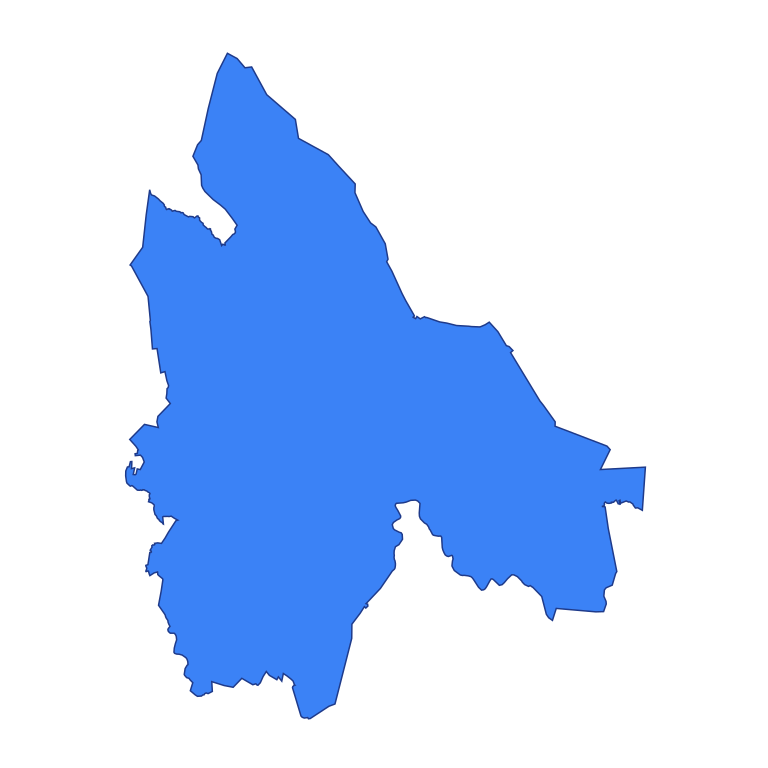 Lagunillas, San Luis Potosí, Mexico (Equal Earth projection), rotated 179°
{"feature_id": "50627088B55940986793809", "entity_name": "Lagunillas", "entity_type": "district", "adm_level": 2, "iso_a3": "MEX", "parent_name": "Mexico", "parent_adm1": "San Luis Potosí", "projection": "equal_earth", "projection_center": [-99.616, 21.598], "detail": "fine", "context": "isolated", "style": "filled", "palette": "blue", "viewbox_px": 768, "rotation_deg": 179, "n_neighbors": 0, "source": "geoboundaries", "source_scale": "gbopen_adm2", "svg_char_len": 6122}
<svg xmlns="http://www.w3.org/2000/svg" viewBox="0 0 768 768"><g transform="rotate(179 384 384)"><path d="M534.8,717.4L545.3,697.5L554.9,662.6L562.4,630.7L566.2,626.5L571.1,615.0L566.2,606.2L565.8,602.3L563.2,596.4L562.9,585.8L561.7,582.9L559.7,579.6L551.6,571.4L544.3,565.7L539.6,561.5L533.0,552.5L528.1,545.3L530.4,541.5L529.9,539.2L530.0,537.9L531.3,536.6L532.6,536.1L534.5,533.9L540.6,527.8L540.3,525.7L540.6,525.6L542.7,526.6L543.9,525.2L545.8,531.1L547.8,532.4L549.5,532.7L551.1,533.6L552.2,535.9L553.4,536.8L554.0,539.8L554.7,540.5L554.8,542.1L555.4,542.4L555.9,542.0L557.8,542.1L559.2,543.7L560.3,544.5L562.0,546.2L562.1,547.8L563.6,548.8L565.5,550.9L565.5,553.3L566.9,554.3L566.9,555.1L567.9,555.3L570.5,553.4L571.3,553.8L572.0,554.6L575.3,555.0L576.6,554.5L580.9,556.9L581.8,558.6L583.0,559.0L584.0,558.7L585.1,559.8L588.6,560.3L589.9,561.2L592.7,560.5L593.4,561.6L595.5,562.9L595.8,562.5L596.6,563.0L598.2,562.2L598.8,562.8L599.2,564.6L600.3,565.3L600.6,566.2L600.5,566.8L601.6,568.5L604.6,571.0L606.3,572.9L610.1,576.0L612.7,576.9L613.4,577.4L614.1,579.0L614.9,582.3L618.8,557.3L622.9,524.9L635.8,507.4L634.4,506.4L618.4,475.7L616.5,451.6L617.0,450.6L616.1,442.7L614.9,423.1L610.3,423.4L607.0,399.0L602.8,400.2L601.0,391.0L599.4,386.2L599.8,384.3L601.0,383.1L601.3,378.2L602.1,373.7L598.0,368.2L610.6,355.6L611.7,350.1L610.4,344.4L624.2,347.8L639.2,333.0L633.2,326.1L630.8,322.4L631.4,322.0L631.8,319.0L634.1,318.6L633.9,316.7L628.7,317.1L626.7,314.8L625.1,310.2L629.2,302.7L632.2,303.4L633.4,298.4L634.0,297.8L634.5,297.6L636.3,297.9L634.8,304.5L638.0,303.8L637.6,307.5L637.5,310.9L638.9,310.8L640.3,305.7L642.0,305.5L643.7,301.5L643.9,296.7L643.2,290.9L642.7,289.3L639.8,286.5L639.1,286.3L638.1,286.8L637.3,286.6L632.5,282.2L630.2,282.0L629.0,282.3L628.6,281.9L626.8,282.2L626.8,282.5L625.5,282.4L624.7,281.7L623.1,281.2L622.0,280.2L620.3,279.2L619.9,278.4L620.1,278.0L620.6,277.4L620.6,275.3L620.0,273.4L620.2,273.0L620.8,273.1L621.1,272.8L621.0,271.8L621.5,270.4L618.4,269.3L616.0,267.3L615.8,266.0L616.3,264.3L616.3,262.2L615.2,257.5L614.0,256.3L612.8,253.5L611.4,252.5L611.0,251.4L609.6,250.1L608.1,249.2L607.5,248.1L607.0,247.8L607.6,254.9L606.9,255.4L602.2,255.4L601.3,255.2L599.1,255.6L595.8,253.3L592.6,251.5L594.3,251.0L594.6,250.7L602.1,239.6L605.5,233.9L609.3,228.5L613.0,229.1L616.1,228.7L615.9,228.3L616.1,227.4L617.0,227.0L617.9,227.2L619.0,226.3L618.8,224.9L620.7,221.9L620.5,221.4L619.7,221.1L619.5,220.2L619.9,219.7L621.1,219.6L623.2,207.5L625.3,206.8L625.2,205.9L624.4,204.1L624.7,202.8L625.4,201.0L625.2,200.6L624.9,200.6L623.3,201.2L622.8,201.0L621.9,197.6L621.4,196.5L617.0,199.2L613.7,200.0L613.5,197.5L612.9,196.7L608.8,193.2L608.5,192.2L610.4,180.8L613.3,166.7L607.6,158.2L606.8,156.8L606.4,155.1L605.8,153.7L604.2,151.3L604.1,149.7L603.3,147.5L602.2,145.4L604.0,143.2L604.4,142.0L603.9,140.3L602.1,138.6L598.5,138.5L597.8,138.3L596.6,136.6L596.1,135.1L595.8,131.8L597.1,128.1L598.3,123.6L598.7,119.5L598.1,118.4L596.1,117.6L593.5,117.4L590.5,116.5L586.7,113.7L585.7,112.1L585.0,109.7L584.9,106.8L585.8,106.2L587.8,103.0L588.8,97.1L588.4,96.2L586.5,93.9L584.1,93.1L583.0,91.5L580.4,88.7L583.0,80.7L578.2,76.5L576.0,75.0L571.9,75.2L570.7,76.2L569.3,76.4L568.7,77.5L567.2,78.2L565.3,77.5L561.0,79.6L561.4,89.4L549.1,85.3L540.1,83.4L531.3,92.2L520.4,85.6L517.4,86.5L516.3,85.3L515.3,85.0L512.9,87.4L510.0,93.6L506.7,98.6L503.7,94.7L496.3,90.2L494.7,93.0L491.4,88.7L489.7,96.3L486.2,93.9L482.5,90.9L480.1,88.6L478.8,84.9L478.4,84.5L479.3,84.4L479.6,83.7L480.4,83.2L480.8,82.0L472.8,53.5L471.6,52.2L469.6,51.4L466.1,51.8L465.4,50.6L463.6,50.8L444.8,62.7L438.6,64.9L420.7,130.2L420.3,144.4L411.9,155.1L407.5,161.7L406.1,160.3L404.0,162.2L404.2,164.1L405.8,164.7L391.2,179.6L379.0,196.8L376.8,198.7L376.2,199.8L375.8,202.1L375.7,204.2L376.1,207.0L376.7,208.4L377.0,210.8L376.7,212.1L376.9,214.5L376.7,217.2L375.4,221.1L371.9,223.1L368.2,228.4L368.4,233.3L369.4,234.9L371.5,235.6L376.0,238.0L377.2,239.3L378.2,243.2L377.0,245.4L373.5,247.8L370.7,249.1L369.8,250.2L369.6,251.7L372.3,257.1L374.3,260.5L374.9,262.0L374.6,263.5L373.7,264.5L366.9,264.9L364.0,265.5L359.3,267.2L354.6,267.4L352.4,266.5L350.5,264.5L350.1,263.9L351.0,254.5L350.9,251.2L349.9,248.5L346.0,244.4L343.7,243.0L341.9,240.3L341.2,238.2L340.4,237.3L338.1,232.7L337.3,232.0L335.9,231.6L332.3,230.9L329.9,231.0L329.0,229.6L328.6,219.5L328.1,217.2L326.9,214.2L325.8,212.1L324.4,211.0L322.7,210.4L319.3,211.5L318.8,211.3L318.2,209.7L318.3,208.9L317.9,208.1L318.6,206.0L319.2,201.4L319.1,200.5L317.0,196.3L311.0,191.7L308.9,191.2L307.2,191.3L303.1,190.7L300.5,189.9L299.2,188.8L298.1,187.3L293.0,179.1L290.1,176.2L287.9,176.5L286.4,177.5L284.9,179.6L281.7,185.2L280.3,187.2L279.1,187.2L278.0,186.5L272.2,180.7L269.4,181.3L267.2,183.3L263.9,187.1L259.6,191.0L257.5,190.9L254.0,189.1L249.8,184.7L249.2,183.5L246.9,181.0L243.0,179.1L241.3,179.9L239.2,178.3L238.9,178.3L230.0,168.8L225.7,150.9L223.4,147.4L219.7,144.7L215.7,156.6L176.2,152.5L168.4,152.6L165.6,160.2L165.8,162.8L167.9,168.0L167.2,174.3L165.4,176.4L159.3,178.9L155.7,190.5L154.5,192.4L162.3,235.7L165.0,256.8L165.3,257.5L168.3,257.7L166.5,258.3L166.0,258.7L165.7,259.9L165.9,260.3L165.6,261.4L164.8,262.2L163.2,261.0L161.1,260.7L158.6,261.1L158.7,261.8L156.4,261.8L156.0,262.4L154.0,263.9L153.7,263.8L151.9,260.1L150.6,260.0L149.8,259.2L151.0,263.2L150.1,263.7L149.4,260.7L143.9,262.8L141.5,261.7L140.2,261.8L137.2,259.6L136.9,258.6L134.8,255.6L132.5,255.8L127.9,253.2L124.1,296.3L169.1,294.7L159.0,314.4L162.1,318.0L213.7,338.8L213.5,343.2L225.0,359.9L228.4,364.3L256.9,413.2L254.5,415.2L258.2,419.2L261.0,420.2L269.2,434.3L277.7,444.0L281.8,441.5L286.4,439.6L287.3,439.4L295.6,439.9L298.3,440.3L310.4,441.2L320.1,443.8L327.3,445.1L339.1,449.4L340.3,449.8L341.0,449.6L342.3,450.6L346.6,448.5L349.9,450.9L351.2,448.8L353.7,450.2L353.4,450.8L352.6,451.3L352.5,451.8L360.9,467.1L364.4,474.2L374.1,496.6L379.2,506.2L377.8,508.7L380.3,524.2L389.4,541.2L394.6,545.3L401.8,556.8L409.7,575.8L409.3,584.5L425.6,602.7L435.6,614.2L465.2,631.1L468.0,650.1L496.2,675.3L510.8,703.3L517.5,702.6L525.1,711.9L534.8,717.4Z" fill="#3b82f6" stroke="#1e3a8a" stroke-width="1.5"/></g></svg>